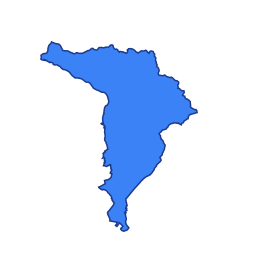 Dumbravita, Brasov, Romania, rotated 78°
{"feature_id": "2599482B55040736650131", "entity_name": "Dumbravita", "entity_type": "district", "adm_level": 2, "iso_a3": "ROU", "parent_name": "Romania", "parent_adm1": "Brasov", "projection": "albers", "projection_center": [25.392, 45.783], "detail": "fine", "context": "isolated", "style": "filled", "palette": "blue", "viewbox_px": 256, "rotation_deg": 78, "n_neighbors": 0, "source": "geoboundaries", "source_scale": "gbopen_adm2", "svg_char_len": 5745}
<svg xmlns="http://www.w3.org/2000/svg" viewBox="0 0 256 256"><g transform="rotate(78 128 128)"><path d="M42.5,198.9L43.3,198.2L44.1,196.6L44.7,195.0L44.2,195.3L43.9,195.3L44.6,194.4L44.8,193.7L45.5,193.4L47.2,191.5L47.3,190.7L47.7,190.8L48.0,189.0L49.3,187.6L50.2,187.9L51.0,186.9L51.5,184.2L52.7,183.2L52.9,182.6L53.3,182.1L54.0,181.5L55.3,180.9L57.1,179.5L58.2,176.9L60.6,174.2L61.8,173.4L65.0,171.8L67.9,169.5L68.2,168.7L68.3,167.8L69.0,165.8L70.5,162.8L74.2,159.7L74.5,159.2L74.9,157.2L76.5,155.8L82.0,153.4L83.8,151.3L85.6,148.7L87.6,146.2L87.8,144.9L88.7,143.3L90.9,142.0L92.4,141.6L93.2,141.4L98.2,141.3L98.7,141.4L100.2,142.5L101.2,143.4L101.4,143.8L101.5,144.8L101.9,145.5L103.7,146.9L107.9,148.4L108.5,148.6L109.1,148.4L109.5,149.1L113.1,150.8L116.4,151.3L117.8,151.1L118.0,151.4L117.8,152.7L118.0,153.3L118.7,153.1L118.8,152.7L119.5,151.9L119.2,151.6L119.1,151.1L119.9,151.1L120.4,150.8L121.1,150.7L122.7,151.5L123.2,151.3L121.8,150.4L121.8,150.2L122.9,150.4L127.4,151.8L129.5,151.8L131.2,152.0L134.1,153.2L134.7,153.3L136.2,153.0L137.6,152.4L138.6,152.5L139.5,152.2L144.5,152.1L144.6,153.0L145.2,153.6L145.6,155.3L146.5,155.3L146.2,155.7L147.2,156.6L147.2,156.9L147.8,157.6L148.1,157.2L148.7,157.6L150.8,158.0L151.6,158.5L152.2,159.1L152.2,158.1L152.0,157.4L152.2,157.2L153.2,157.0L154.3,157.9L155.2,157.3L155.5,157.4L156.6,158.3L156.8,157.8L156.7,157.6L157.2,157.8L158.3,159.0L159.8,159.8L159.9,158.9L160.8,157.8L161.2,156.8L161.2,156.6L160.8,156.0L160.8,155.3L160.3,154.3L160.4,154.2L160.2,154.1L160.1,153.3L160.5,152.6L162.0,153.0L163.1,152.9L163.7,153.2L164.0,153.0L164.6,153.2L165.3,152.6L165.9,152.7L166.1,152.8L166.2,153.2L166.6,153.3L167.9,154.5L168.5,154.8L168.7,154.7L168.7,154.3L168.9,154.2L168.9,153.7L169.3,153.2L172.4,154.7L172.5,154.6L173.3,155.6L174.3,157.6L174.5,161.9L177.8,161.9L179.5,167.6L179.5,168.2L179.7,169.0L180.2,168.9L182.8,166.8L182.6,166.4L183.2,165.6L182.9,165.2L183.7,163.6L184.4,162.6L185.6,161.6L187.3,161.0L188.9,159.8L189.6,159.7L190.9,158.7L193.2,158.4L193.4,158.9L195.3,158.1L195.5,158.5L196.6,158.1L197.9,157.4L198.2,157.0L199.9,158.0L200.4,158.4L203.9,162.4L206.3,165.6L208.6,165.7L211.6,164.9L213.0,164.8L214.0,164.6L215.1,165.1L218.1,157.8L220.8,160.5L222.0,159.3L219.0,155.9L219.7,155.6L220.6,154.9L223.0,153.5L223.7,154.2L224.4,155.0L224.5,155.5L224.7,156.0L225.2,156.2L226.2,155.8L227.2,155.0L228.1,153.5L227.8,151.8L227.8,150.5L226.5,148.5L225.7,147.9L223.2,149.3L221.7,149.8L219.1,149.9L218.5,149.7L217.4,148.8L216.8,148.6L211.1,148.5L210.7,148.8L210.6,147.0L210.4,147.5L210.1,147.6L209.8,148.3L209.3,148.3L208.6,147.4L208.5,146.3L207.5,146.4L206.9,146.0L206.3,146.0L206.5,146.8L206.2,147.1L205.4,146.6L205.0,146.2L203.8,145.7L203.8,145.0L199.3,145.1L197.0,145.0L196.5,144.1L189.1,134.9L183.4,127.0L182.5,126.1L181.7,124.5L181.0,123.6L179.5,120.7L178.9,118.2L178.8,117.3L178.3,116.8L178.2,116.5L178.4,116.1L178.0,115.5L176.6,113.6L175.5,112.6L174.7,111.5L174.1,111.1L172.9,110.5L171.0,107.9L170.1,107.8L167.3,103.1L166.6,102.4L166.3,102.3L165.2,102.3L163.4,103.0L161.3,100.1L159.7,99.5L159.2,98.9L156.2,96.8L155.6,96.5L154.8,96.3L152.9,95.3L151.9,95.4L150.6,96.1L149.4,96.3L148.1,96.3L147.1,96.8L145.8,98.0L145.1,97.7L144.2,98.1L143.8,98.1L142.4,97.8L140.5,98.7L139.9,98.6L138.8,97.1L138.5,96.0L137.8,95.7L137.5,95.3L137.0,94.4L137.2,93.8L137.2,93.0L137.1,92.7L137.0,91.5L136.9,90.9L136.0,90.0L135.6,89.0L134.7,88.4L133.8,87.7L133.5,86.8L133.1,86.2L132.7,84.8L132.8,83.2L132.6,82.7L132.6,81.4L132.9,80.8L132.9,80.3L133.7,78.8L133.4,77.7L133.6,77.5L134.7,77.0L136.0,75.2L134.6,74.5L134.3,72.8L132.6,71.4L132.6,71.2L132.4,70.7L132.3,69.9L131.5,68.7L131.4,67.3L129.3,66.5L128.0,65.3L127.5,61.6L127.6,59.7L127.2,58.5L127.3,57.2L125.1,57.1L124.1,57.7L124.0,58.7L122.9,60.2L121.4,61.8L120.5,62.5L120.2,62.5L119.1,62.1L114.9,61.7L114.1,62.3L113.4,62.7L112.9,63.4L112.3,63.6L111.7,64.7L111.6,65.2L110.8,65.7L109.8,66.0L108.8,65.8L108.6,66.3L107.8,67.2L107.6,67.8L106.4,67.3L105.7,66.2L104.7,65.5L103.1,65.6L102.9,67.7L100.7,69.1L99.8,69.9L99.6,70.7L99.4,70.5L98.0,70.4L97.3,70.6L96.5,70.4L96.0,70.2L95.6,69.5L94.3,69.0L93.6,69.0L92.0,70.2L91.3,72.1L89.9,72.9L88.1,74.2L87.2,75.1L87.4,76.7L86.6,77.8L85.9,79.2L85.4,79.8L83.8,81.0L84.1,83.2L82.7,86.8L81.4,87.1L80.2,86.8L78.5,85.6L77.5,85.6L75.7,85.8L74.7,86.3L74.3,86.9L73.9,87.1L72.6,86.6L71.8,86.4L71.4,86.8L70.4,86.9L70.1,86.7L69.0,86.7L67.7,87.1L65.2,86.2L64.1,86.7L63.4,87.2L63.0,87.2L62.1,86.7L61.4,86.5L60.8,87.0L59.7,87.3L58.6,87.4L58.2,87.8L57.4,89.6L57.5,90.3L58.1,91.2L58.7,91.4L59.3,92.0L57.6,93.2L56.9,93.4L55.8,94.2L55.6,94.7L55.9,96.0L55.9,97.3L55.3,98.8L55.4,99.3L56.8,102.5L56.0,103.0L55.9,103.4L55.5,104.0L55.0,104.5L53.9,105.0L52.7,106.0L51.6,107.3L50.8,109.2L50.8,110.4L50.6,111.0L51.1,111.5L51.5,112.5L53.1,112.4L53.6,112.6L54.3,113.5L54.6,113.9L54.5,114.3L53.5,115.3L53.3,116.5L53.1,116.7L52.5,117.0L52.5,117.4L52.3,117.7L52.4,117.9L52.4,118.1L52.1,118.4L51.5,119.7L51.5,120.1L52.0,120.7L50.0,121.9L49.7,121.8L48.8,122.4L48.4,122.8L48.4,124.0L47.7,125.0L44.6,125.7L44.3,125.5L43.6,126.0L43.3,126.4L43.3,127.0L43.4,128.2L44.4,129.3L44.8,130.2L44.3,133.3L44.3,133.8L44.6,135.0L43.7,137.2L43.4,138.7L43.4,139.7L44.8,141.4L45.1,142.3L45.1,143.1L44.8,143.9L43.6,145.3L42.7,146.0L42.7,147.2L42.9,147.6L43.9,149.4L44.1,150.9L43.9,151.4L44.2,151.9L44.6,153.8L45.2,155.9L45.5,157.9L45.1,158.4L44.8,160.7L43.9,161.7L43.7,162.1L43.7,162.9L43.9,163.5L44.2,164.2L44.1,165.6L42.6,167.4L42.3,168.5L41.4,169.2L40.2,170.7L39.9,171.4L39.0,174.9L38.7,175.3L38.2,175.7L33.3,177.0L31.5,178.3L30.3,181.4L28.5,184.2L27.9,184.8L29.4,186.1L30.0,187.2L30.9,188.3L33.6,189.8L35.0,190.0L37.5,191.5L37.8,191.8L37.9,192.9L37.7,195.6L38.5,197.3L38.7,197.9L39.4,198.1L40.7,198.0L42.5,198.9Z" fill="#3b82f6" stroke="#1e3a8a" stroke-width="1.5"/></g></svg>